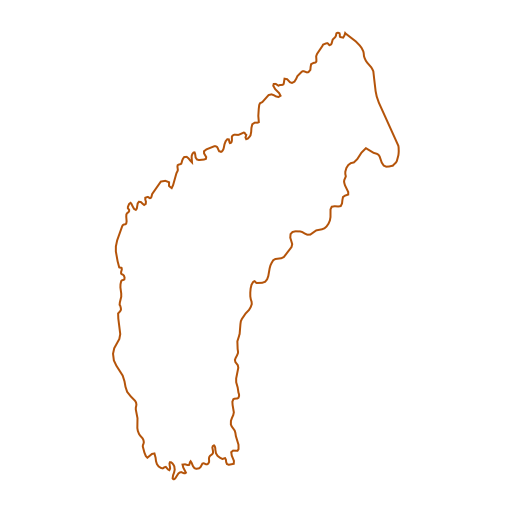 SVG path tracing the border of Misiones, rotated 178°
{"feature_id": "ARG-1312", "entity_name": "Misiones", "entity_type": "Province", "adm_level": 1, "iso_a3": "ARG", "parent_name": "Argentina", "parent_adm1": "", "projection": "equal_earth", "projection_center": [-54.653, -26.821], "detail": "fine", "context": "isolated", "style": "outline", "palette": "amber", "viewbox_px": 512, "rotation_deg": 178, "n_neighbors": 0, "source": "natural_earth", "source_scale": "10m", "svg_char_len": 5913}
<svg xmlns="http://www.w3.org/2000/svg" viewBox="0 0 512 512"><g transform="rotate(178 256 256)"><path d="M285.7,62.3L287.6,60.8L287.2,57.4L285.2,52.0L285.5,49.1L290.5,48.3L292.3,49.1L293.0,51.1L293.2,53.5L294.0,55.1L296.6,54.3L299.1,55.7L301.4,57.6L302.9,60.3L303.4,63.9L303.4,65.4L303.8,67.2L304.6,68.2L305.8,67.5L306.3,66.1L305.8,62.6L305.8,60.8L306.6,59.5L308.9,57.9L309.8,56.6L310.1,55.0L310.0,53.3L310.1,51.7L311.1,50.1L312.2,49.5L313.3,49.6L315.5,50.7L316.8,50.4L318.8,47.0L320.3,45.8L323.1,45.4L324.9,46.1L326.3,48.1L327.6,51.6L328.5,53.1L329.2,52.2L330.0,49.6L331.1,49.4L331.8,49.5L334.2,50.3L336.7,50.1L336.1,47.2L333.6,41.9L334.6,41.3L335.9,41.5L338.2,42.6L339.8,42.3L341.2,41.3L344.4,36.7L345.2,36.0L345.9,35.7L346.5,35.9L347.1,36.7L346.5,39.8L345.4,42.5L344.7,45.3L345.0,48.6L345.7,50.1L346.8,51.7L348.1,52.8L349.2,52.9L349.7,51.7L349.6,49.9L349.3,48.0L349.3,46.4L350.1,45.0L351.4,45.8L353.5,48.4L355.1,48.0L355.8,47.4L356.6,47.0L358.4,47.5L360.7,49.1L362.3,51.5L363.1,54.5L363.4,57.9L364.4,62.2L366.9,61.8L371.6,58.2L373.1,59.9L374.4,63.5L375.8,69.6L375.6,71.0L375.0,72.3L374.6,73.8L374.9,75.9L375.7,77.7L378.1,80.6L379.1,82.2L380.2,85.3L380.6,88.2L380.1,98.0L381.5,106.9L381.4,108.7L381.0,110.1L380.7,111.7L381.0,113.8L381.9,115.5L386.1,120.1L389.5,124.7L391.0,129.8L391.8,135.3L393.4,141.1L399.4,151.3L401.7,156.6L402.3,163.3L400.9,168.8L395.5,177.8L394.4,182.7L395.8,198.3L395.8,203.4L394.0,205.2L393.1,206.4L392.8,207.5L393.0,209.2L393.4,210.9L393.9,211.9L394.1,211.4L393.7,214.3L392.1,220.0L392.0,223.1L392.6,229.4L392.4,232.5L391.6,235.6L390.6,236.5L389.4,236.7L388.4,237.2L388.1,239.0L388.7,241.0L389.7,242.0L390.8,242.5L391.4,243.1L391.4,244.7L390.6,247.1L390.7,248.7L391.1,249.0L392.6,249.2L393.1,249.4L394.5,255.6L395.9,265.4L395.7,270.5L394.2,276.5L388.7,290.4L388.1,291.4L387.2,292.0L385.3,292.3L384.6,292.9L384.1,295.1L384.3,299.8L384.1,302.0L383.5,303.1L381.7,304.5L381.2,305.4L381.2,306.6L382.4,308.2L382.3,309.6L381.0,312.4L379.5,313.5L378.7,312.5L377.5,309.8L376.2,307.3L374.5,306.3L373.5,307.5L372.4,312.7L371.1,314.3L369.1,313.9L367.5,312.2L366.0,310.9L364.4,311.9L364.1,314.1L364.7,316.4L364.6,318.1L362.2,318.8L361.3,318.5L360.8,317.9L360.2,317.5L359.3,317.6L358.5,318.6L357.6,321.6L348.5,333.7L344.0,334.3L340.3,332.7L340.5,329.1L339.4,328.0L337.9,326.8L336.4,329.7L332.8,341.0L332.3,342.2L331.6,343.3L331.1,344.7L331.4,348.1L331.1,349.5L330.2,350.0L328.8,350.3L327.5,350.8L326.9,352.4L326.5,353.8L325.8,355.4L324.9,356.7L324.3,357.4L321.8,357.5L320.0,355.9L318.4,353.7L316.7,351.8L316.9,357.1L316.7,358.6L315.9,360.4L314.8,361.6L313.8,361.7L313.3,360.3L312.9,356.5L311.6,354.5L309.7,353.9L304.7,354.2L302.7,354.8L302.3,356.6L304.3,360.3L304.3,362.5L301.8,364.3L293.7,367.2L292.5,367.1L291.2,366.4L290.7,365.6L289.5,362.6L289.1,361.9L288.1,361.7L287.5,361.3L286.8,361.4L285.7,362.5L284.8,364.0L284.3,365.7L283.6,368.7L282.3,371.8L280.6,373.7L279.1,373.5L278.5,370.5L278.1,369.7L277.2,369.9L276.4,370.9L276.0,372.7L276.0,374.9L275.9,376.2L275.4,376.9L274.3,377.7L273.1,378.0L270.4,377.7L269.1,377.7L263.9,379.8L263.1,379.5L263.0,379.2L262.2,378.0L261.9,377.7L261.5,377.4L261.7,376.6L262.1,375.6L262.4,374.9L261.7,373.1L260.1,373.6L258.4,375.3L257.3,376.7L256.5,380.1L256.1,384.2L255.1,387.8L252.6,389.3L249.6,389.2L248.5,389.7L248.8,395.9L248.1,403.1L247.5,406.8L246.7,408.5L244.3,409.6L237.8,416.4L234.9,417.0L232.6,416.1L230.5,414.8L228.0,414.1L225.9,415.3L227.2,418.0L231.0,422.1L232.8,425.5L232.3,427.3L230.3,427.3L227.6,425.4L226.4,426.0L223.6,426.1L222.6,426.6L222.2,427.6L221.3,432.2L218.7,431.6L216.0,428.5L214.0,427.7L211.5,428.9L209.7,431.6L208.3,434.4L203.8,438.6L202.6,439.1L201.3,438.8L198.7,437.7L197.2,437.9L195.2,440.1L194.8,443.1L194.2,445.8L191.7,447.0L190.4,447.1L189.5,447.5L188.9,448.3L188.8,449.8L188.9,453.4L188.6,454.3L187.9,455.9L182.3,463.6L181.6,464.9L178.6,466.0L177.3,466.2L176.4,465.6L175.9,464.7L175.1,464.1L173.5,464.9L173.0,465.8L171.8,469.6L171.2,470.2L169.6,471.6L168.9,472.4L168.3,473.7L168.1,475.0L167.7,475.9L166.3,476.3L164.8,475.7L164.5,474.4L164.6,473.0L164.2,471.9L161.3,471.2L159.9,473.3L159.1,475.7L158.7,475.2L148.8,467.0L145.0,462.8L143.3,460.4L142.4,458.5L141.6,456.7L141.3,455.0L141.1,451.9L140.5,449.9L139.4,447.3L138.1,445.3L134.2,440.5L133.1,438.4L132.3,436.5L131.7,428.6L130.7,416.5L129.8,411.2L127.9,405.0L109.9,361.2L109.7,359.5L109.7,355.7L109.9,353.6L110.2,351.7L111.9,346.1L112.2,345.6L112.8,344.6L116.1,341.6L116.2,341.4L116.8,341.4L119.8,340.8L122.7,340.7L125.2,341.9L127.1,345.0L129.0,351.2L130.1,352.9L131.6,353.9L134.9,355.0L142.4,359.9L147.0,355.6L151.4,349.3L154.9,346.1L158.0,345.5L160.6,343.7L162.6,340.8L163.8,337.1L163.9,334.8L163.6,333.4L163.5,332.3L165.1,328.9L165.4,327.2L165.1,325.4L164.6,323.5L161.6,316.7L161.7,314.2L165.0,313.2L167.0,311.9L167.7,308.9L168.2,305.5L169.6,302.9L172.1,302.6L175.5,303.0L178.6,302.6L179.9,300.0L180.2,292.3L180.9,289.0L182.4,285.8L184.5,283.0L186.6,281.3L189.1,280.4L194.9,279.5L201.0,275.5L204.0,275.5L206.6,276.8L208.9,278.3L210.9,279.0L215.8,279.3L218.7,278.7L220.7,276.7L221.1,273.1L219.4,266.6L220.2,263.7L228.2,254.0L230.7,252.9L236.8,252.3L238.9,251.2L240.6,248.6L241.9,246.1L242.8,243.2L244.4,235.6L245.7,232.3L247.8,229.9L250.8,229.0L256.3,229.0L257.2,229.6L257.8,230.5L258.5,230.9L259.8,230.1L261.5,227.4L262.5,223.7L263.0,219.6L263.1,215.8L262.7,212.8L262.0,210.4L261.9,208.1L263.1,205.1L264.9,202.3L268.4,198.9L272.3,193.6L273.4,191.4L273.9,188.7L275.1,178.5L275.5,177.6L275.7,176.7L277.6,171.4L277.6,163.9L277.3,160.7L277.4,159.9L277.5,159.4L278.5,157.2L279.9,154.8L280.7,152.9L280.3,150.7L278.0,147.5L277.6,144.9L280.1,134.3L280.2,130.5L278.9,125.2L278.3,120.1L277.8,118.4L277.8,116.7L278.5,114.9L279.5,114.3L282.6,114.1L283.6,113.7L284.7,111.2L284.6,108.0L283.6,100.5L284.3,97.8L285.6,95.2L286.8,92.2L287.0,88.5L286.2,86.5L283.4,82.3L282.8,80.0L282.4,76.7L280.1,68.0L280.2,63.6L281.3,62.0L285.7,62.3Z" fill="none" stroke="#b45309" stroke-width="2"/></g></svg>